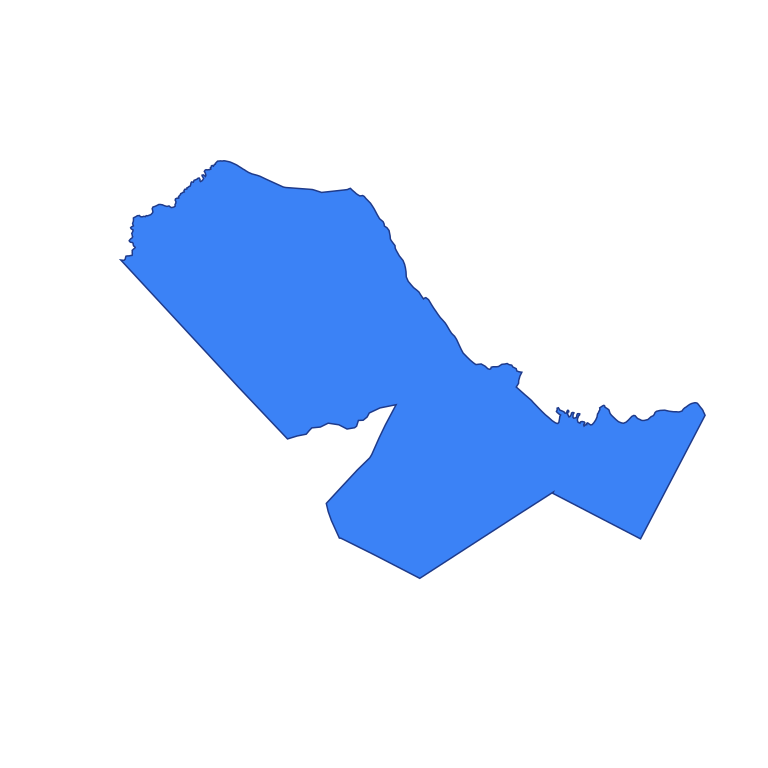 Rukh Kiri, Batdâmbâng, Cambodia (Natural Earth projection), rotated 208°
{"feature_id": "14789045B86646715992197", "entity_name": "Rukh Kiri", "entity_type": "district", "adm_level": 2, "iso_a3": "KHM", "parent_name": "Cambodia", "parent_adm1": "Batdâmbâng", "projection": "natural_earth1", "projection_center": [103.457, 12.595], "detail": "fine", "context": "isolated", "style": "filled", "palette": "blue", "viewbox_px": 768, "rotation_deg": 208, "n_neighbors": 0, "source": "geoboundaries", "source_scale": "gbopen_adm2", "svg_char_len": 5689}
<svg xmlns="http://www.w3.org/2000/svg" viewBox="0 0 768 768"><g transform="rotate(208 384 384)"><path d="M183.5,366.7L135.1,367.2L125.0,367.3L84.8,367.7L85.8,507.1L87.2,508.2L88.0,508.8L88.8,509.3L89.6,510.1L91.0,511.0L92.2,511.5L93.7,512.1L94.8,512.6L96.5,513.4L97.2,513.7L98.3,514.1L99.2,514.0L100.6,513.5L101.8,512.5L103.2,511.2L104.3,509.8L105.2,508.2L106.5,505.4L107.2,504.3L107.7,503.0L108.0,501.9L108.2,500.0L109.2,499.0L110.1,498.1L111.1,497.4L112.5,496.9L115.4,495.4L119.6,493.8L123.8,492.7L127.8,490.3L130.6,487.8L131.3,486.1L131.1,483.8L131.5,482.2L132.8,480.6L134.3,476.5L137.1,474.0L138.9,473.0L139.7,472.8L141.5,472.8L143.3,472.6L144.6,472.8L147.4,473.9L148.7,473.5L150.0,471.7L151.2,467.1L152.3,464.0L154.2,461.7L156.3,461.1L159.3,460.8L162.2,461.4L166.1,462.5L168.5,463.2L170.5,464.1L171.8,465.3L173.2,466.7L174.6,467.0L176.9,467.2L177.9,467.2L178.8,468.2L179.8,468.4L180.6,467.5L181.2,466.4L182.4,464.2L181.8,463.5L181.3,462.4L181.4,461.0L181.2,459.1L181.4,457.8L180.4,454.8L180.2,451.8L180.5,448.4L181.2,445.8L182.3,444.9L183.9,445.0L185.9,445.3L186.5,444.5L185.9,443.3L186.7,442.9L187.2,441.9L187.6,440.8L188.5,441.6L188.6,442.6L188.3,443.9L189.3,444.5L191.5,443.9L192.7,442.8L192.6,441.4L194.7,441.3L196.1,442.6L196.8,444.1L197.2,447.4L196.8,448.4L197.1,449.5L197.9,449.4L199.2,448.6L199.2,447.5L198.4,444.7L200.3,442.9L201.4,443.2L202.1,444.5L202.7,445.7L202.7,447.7L203.9,447.6L204.8,446.5L204.4,444.9L204.4,443.1L204.7,442.2L205.5,441.8L206.7,443.0L207.6,443.2L208.4,445.4L207.8,446.2L208.5,447.1L209.3,447.2L209.7,445.8L209.2,445.0L209.4,443.9L210.1,443.4L211.0,443.3L211.6,443.8L212.4,443.9L214.3,443.8L216.4,443.5L218.9,444.9L219.8,443.9L219.2,443.0L218.9,442.1L218.9,440.7L217.8,440.2L216.3,439.9L215.1,439.6L213.5,439.5L213.5,437.8L212.7,435.7L212.0,433.5L211.6,432.3L212.0,430.7L213.2,430.3L214.7,430.2L216.6,430.4L218.4,430.6L222.7,431.7L227.1,432.6L231.6,433.9L236.4,435.4L240.0,436.6L243.4,437.7L246.0,438.7L251.5,440.0L254.7,440.7L259.6,441.9L264.5,443.1L265.8,443.4L265.5,447.8L266.7,450.3L267.7,454.9L267.8,459.1L270.8,458.1L272.9,457.9L274.5,459.6L278.2,459.5L280.1,460.6L282.7,459.8L284.9,459.9L286.5,458.5L289.2,456.7L290.0,455.2L291.1,453.2L292.8,452.0L295.7,450.5L297.2,449.2L296.9,447.6L297.6,446.6L299.4,446.2L303.0,447.2L307.6,447.3L312.0,444.3L315.2,444.7L318.9,445.5L323.7,446.9L328.7,448.5L332.1,450.8L335.7,453.5L340.8,457.4L344.1,459.3L346.3,459.9L348.4,460.6L351.4,462.3L355.9,465.1L358.6,466.6L362.3,468.0L365.5,469.1L369.2,470.9L371.8,472.3L375.7,474.3L378.7,476.0L384.3,479.4L387.6,479.9L388.6,478.8L389.1,477.7L390.8,478.5L393.8,480.1L396.3,481.6L398.8,482.2L403.2,483.0L406.6,484.3L410.8,486.0L414.6,489.0L417.3,493.5L419.7,496.7L422.0,499.3L425.2,502.0L430.6,504.3L435.6,507.5L437.8,509.1L439.3,511.4L441.3,512.3L445.1,514.1L446.5,515.1L448.1,517.6L451.6,521.9L454.8,523.4L457.7,523.6L459.2,525.5L461.0,526.9L464.9,527.7L465.8,528.0L467.0,528.8L469.0,530.0L472.1,532.1L474.9,534.0L477.5,535.5L480.8,537.3L482.1,537.7L484.5,538.5L487.1,539.3L489.4,540.3L491.3,540.4L492.6,539.4L493.7,538.7L495.7,538.8L497.8,539.0L499.6,539.5L501.5,539.9L503.6,540.4L505.5,541.0L506.4,540.1L507.6,538.5L508.3,538.0L509.7,537.0L529.1,523.8L530.5,523.6L536.6,522.5L538.5,522.1L541.1,521.0L562.9,511.4L564.8,510.8L565.9,510.6L584.0,509.5L591.1,509.2L594.1,508.7L599.3,507.5L601.0,507.4L602.8,507.2L606.1,507.4L607.6,507.6L609.4,507.6L611.2,507.8L612.7,507.9L614.3,508.0L616.1,508.2L617.9,508.2L621.3,508.0L623.9,507.8L625.5,507.4L626.9,507.0L629.3,506.3L630.5,505.7L631.5,504.9L633.0,504.3L634.5,503.3L635.6,502.6L636.0,501.1L636.4,499.8L636.1,498.9L636.8,498.3L636.9,496.2L638.3,496.3L638.8,495.4L638.4,494.4L638.8,493.2L637.8,492.6L638.6,491.4L639.8,490.7L640.7,490.0L641.7,489.7L642.3,488.9L642.5,487.4L641.0,486.5L639.3,484.7L639.1,483.4L641.0,483.8L641.8,483.8L642.7,482.9L642.1,482.2L639.8,480.9L639.8,479.1L640.2,477.8L641.0,476.6L641.9,477.0L642.5,478.3L644.0,479.1L645.0,478.1L645.2,477.2L646.2,475.9L647.3,474.7L647.1,472.7L648.0,472.3L648.8,472.0L648.8,470.8L648.2,468.9L648.0,467.8L648.9,466.8L649.2,465.8L650.1,464.7L649.6,463.8L650.5,462.9L651.3,462.4L651.4,460.8L650.5,459.8L651.4,459.0L652.2,457.5L652.9,456.6L652.6,455.7L653.1,454.2L653.3,452.6L652.5,452.0L653.1,451.2L654.0,450.9L655.0,449.6L654.7,448.3L653.3,447.3L652.7,445.8L652.8,444.5L651.9,442.9L652.3,442.0L653.3,440.9L654.7,439.9L656.1,440.0L657.4,440.3L659.0,438.9L660.2,438.6L662.0,438.3L663.7,438.2L665.8,437.5L667.1,436.8L668.4,434.9L669.7,433.2L671.1,431.8L671.0,429.9L670.1,429.0L669.5,428.3L668.8,427.4L668.8,426.2L669.4,424.0L670.1,423.3L671.7,421.5L673.0,421.0L673.3,419.7L674.8,419.3L675.5,418.5L676.5,417.8L677.7,417.4L679.0,418.0L680.1,417.2L680.8,416.8L681.8,415.0L682.8,413.7L683.2,412.9L682.4,411.6L681.7,410.1L681.3,407.6L679.5,406.0L680.8,404.1L681.1,403.0L680.2,402.4L679.0,402.2L677.9,402.2L677.4,400.8L677.4,398.5L676.3,397.4L675.7,396.5L675.0,396.0L675.1,394.4L675.8,393.3L676.3,391.0L675.6,390.4L674.3,390.2L672.5,390.8L671.4,390.3L670.8,389.2L669.8,388.3L668.7,388.3L667.7,387.6L668.2,386.3L669.1,383.8L668.4,382.7L668.0,381.8L667.3,380.8L666.8,379.3L668.4,378.2L669.2,377.4L670.1,377.0L671.8,375.8L671.7,374.9L671.4,373.7L671.1,372.7L671.6,371.2L672.3,370.8L674.6,369.9L511.0,312.9L443.4,290.2L436.3,297.3L429.1,303.2L428.1,307.9L427.1,311.4L420.0,316.1L414.9,323.2L404.7,326.8L395.5,326.9L389.4,331.6L388.4,333.9L389.5,339.8L385.4,342.2L383.4,346.9L383.4,351.5L376.3,361.0L363.6,371.4L363.6,348.5L363.0,334.0L361.7,316.0L361.9,312.2L367.2,295.6L373.5,272.0L378.9,251.5L373.3,245.1L366.3,238.7L351.1,227.0L349.6,227.6L312.7,228.6L261.2,229.2L234.3,277.6L203.7,332.6L183.7,368.2L183.5,366.7Z" fill="#3b82f6" stroke="#1e3a8a" stroke-width="1.5"/></g></svg>